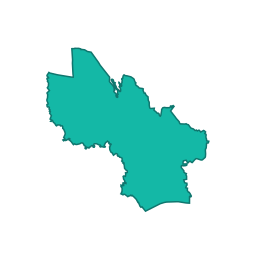 the district of Son Tay, Ha Noi, Vietnam, rotated 142°
{"feature_id": "81297802B79469395018575", "entity_name": "Son Tay", "entity_type": "district", "adm_level": 2, "iso_a3": "VNM", "parent_name": "Vietnam", "parent_adm1": "Ha Noi", "projection": "equal_earth", "projection_center": [105.481, 21.097], "detail": "fine", "context": "isolated", "style": "filled", "palette": "teal", "viewbox_px": 256, "rotation_deg": 142, "n_neighbors": 0, "source": "geoboundaries", "source_scale": "gbopen_adm2", "svg_char_len": 5898}
<svg xmlns="http://www.w3.org/2000/svg" viewBox="0 0 256 256"><g transform="rotate(142 128 128)"><path d="M123.4,225.1L129.8,215.7L131.9,213.3L138.4,204.0L138.9,203.0L139.9,201.8L141.2,202.9L150.8,213.3L155.8,219.5L156.1,220.5L159.4,219.4L159.7,219.0L159.8,218.4L159.6,217.2L159.6,216.8L159.7,216.4L161.1,217.0L161.4,216.9L161.8,216.1L162.1,214.6L162.8,214.3L162.8,212.8L163.0,212.3L165.0,210.0L166.8,209.4L166.9,208.7L166.8,205.9L170.2,205.5L170.6,204.8L170.5,204.0L172.8,201.4L174.5,200.2L174.9,199.7L175.3,198.8L175.6,197.3L176.0,196.3L176.3,196.1L177.4,196.4L178.3,195.1L178.5,194.6L178.4,194.0L177.6,193.6L177.4,192.9L177.6,192.2L178.5,191.7L178.6,191.4L178.3,190.4L178.4,190.1L179.6,189.7L179.2,188.6L180.6,187.9L180.8,184.9L183.9,183.0L183.9,182.6L183.4,182.0L183.4,181.5L183.6,181.1L184.8,180.9L184.5,180.5L183.1,180.6L182.9,180.5L183.3,178.4L182.9,176.7L183.2,174.7L183.1,173.9L182.9,173.6L181.9,173.9L180.4,172.8L179.6,171.9L179.9,171.2L178.5,170.1L178.6,169.3L179.7,167.8L179.4,166.8L180.2,163.7L181.0,162.1L181.5,161.7L184.5,160.1L184.2,159.2L184.3,158.7L184.5,158.5L185.1,158.3L186.1,158.7L186.7,158.7L186.6,157.5L185.2,157.4L185.1,156.8L184.2,156.9L184.0,156.2L180.9,156.1L180.6,155.2L181.2,155.2L181.8,154.8L181.4,153.7L181.2,151.9L181.3,148.9L181.2,148.4L179.9,148.5L179.3,147.2L178.5,146.5L175.6,145.2L173.9,145.0L173.1,144.2L172.9,143.8L172.9,143.1L173.3,141.0L172.6,139.3L172.8,138.9L173.0,138.8L174.0,138.8L174.3,138.6L174.3,137.9L174.0,137.4L173.1,137.8L172.8,137.6L171.6,137.5L171.5,137.4L171.3,136.5L171.0,136.2L170.0,136.6L169.0,136.2L168.3,136.5L167.4,136.4L166.9,136.1L166.9,135.8L167.2,134.2L166.6,133.8L166.5,134.2L165.7,134.0L165.5,134.3L165.3,134.8L165.6,135.7L164.7,136.3L164.3,136.3L162.6,135.1L162.0,134.1L161.5,132.9L160.3,131.5L160.4,131.0L161.5,130.8L161.5,130.1L160.1,129.4L159.0,128.0L157.9,127.1L157.4,127.3L157.6,128.8L157.4,129.0L155.0,130.1L154.3,130.3L153.2,130.1L152.3,130.3L152.1,129.2L151.9,128.9L151.7,128.3L152.5,127.9L152.5,127.1L152.3,126.4L151.5,126.3L151.3,125.6L151.8,125.3L152.8,125.3L153.6,124.3L153.9,124.2L154.2,124.4L155.6,122.2L156.0,121.1L156.0,120.5L156.3,119.8L156.2,119.2L155.8,118.2L156.2,115.5L153.2,115.4L152.4,113.9L152.8,113.2L153.3,112.9L153.3,112.0L153.2,111.7L152.6,111.6L152.5,111.4L152.4,111.0L152.5,110.0L151.9,109.4L151.3,107.9L151.8,107.0L152.5,106.3L152.5,105.8L153.3,105.8L153.3,104.7L152.7,103.4L152.8,102.9L153.5,103.1L153.4,102.5L153.7,101.3L155.5,98.4L155.5,96.1L154.9,94.9L155.7,93.6L156.0,93.4L157.2,93.9L157.3,94.2L157.7,94.2L157.9,93.4L159.8,91.5L160.4,92.4L160.9,92.8L161.2,92.9L161.9,92.6L161.9,92.1L162.9,90.6L163.1,88.3L163.8,87.6L163.3,86.3L163.8,85.5L165.6,87.8L166.2,87.3L165.8,86.6L166.7,85.5L167.4,86.4L167.9,85.8L168.7,87.3L169.6,86.2L169.6,84.9L169.9,83.9L171.9,81.6L172.8,81.3L172.9,80.7L174.1,80.5L173.1,78.4L172.2,78.4L171.8,78.1L171.3,77.5L170.4,74.0L169.3,74.0L168.4,73.4L167.2,73.4L167.1,72.8L166.8,72.7L166.7,72.2L166.2,72.3L165.7,69.6L165.4,66.6L166.0,63.1L165.6,62.9L166.7,59.0L166.6,57.6L165.5,57.3L165.4,51.7L149.2,48.5L145.3,47.0L143.2,45.9L135.1,40.0L133.6,38.8L128.3,33.1L125.8,30.9L121.7,36.1L121.3,36.1L121.1,35.2L120.9,35.1L120.5,35.1L120.0,35.4L119.5,37.9L119.4,39.7L119.9,40.1L119.7,42.4L118.2,43.9L119.3,45.4L117.3,46.7L116.6,46.7L115.6,48.2L116.8,49.6L117.0,50.1L116.6,51.3L116.0,52.8L113.4,51.5L111.4,54.1L111.3,55.2L111.0,55.6L110.1,56.1L110.9,57.6L111.1,58.8L110.3,59.9L110.4,63.7L110.1,64.5L109.6,65.1L109.1,65.3L108.5,65.2L108.2,64.9L108.1,64.4L106.2,63.1L105.0,62.6L104.2,62.7L104.0,63.7L106.7,65.7L106.1,66.7L104.9,67.8L104.5,68.0L102.0,66.8L102.0,66.1L102.5,64.1L102.4,63.6L100.4,63.8L99.5,63.7L99.1,61.8L98.6,61.2L95.2,61.9L93.4,62.0L92.5,61.3L90.2,57.9L89.5,57.3L88.9,57.1L85.4,57.3L84.5,57.9L82.8,59.8L80.6,63.0L79.9,63.7L79.4,63.7L78.5,64.3L75.5,67.6L75.1,67.6L74.2,66.9L73.8,66.9L72.5,67.8L73.9,69.5L72.9,71.0L72.6,72.1L71.9,73.3L71.0,74.1L70.4,75.0L70.9,76.4L69.3,77.1L69.5,78.4L69.9,79.5L73.2,80.1L73.2,82.3L73.8,82.8L75.2,83.0L75.4,84.3L76.0,84.4L76.7,84.7L77.0,86.9L78.2,88.8L78.5,89.6L78.4,93.4L79.5,94.9L79.6,95.6L80.5,95.9L84.3,99.1L84.3,100.2L83.8,101.6L84.1,105.7L84.0,107.7L84.0,115.2L78.4,116.7L78.6,117.9L79.3,118.0L79.5,117.3L80.8,117.3L80.4,118.8L80.6,119.0L81.0,119.1L81.8,118.5L82.3,118.4L82.9,118.6L85.2,120.3L86.6,121.8L88.0,122.5L89.3,122.2L90.4,121.6L90.7,121.1L94.2,117.9L95.2,117.4L95.5,117.8L95.4,118.8L94.8,120.3L95.1,121.2L95.9,121.6L96.0,123.5L96.6,126.0L95.1,127.4L98.1,129.4L98.5,130.1L98.3,130.9L97.1,133.1L95.7,134.8L95.3,135.7L95.0,137.3L93.0,140.3L93.3,141.4L93.5,142.9L93.0,145.0L93.8,145.4L93.0,148.4L91.9,149.4L92.1,150.0L94.5,152.5L94.7,154.7L95.4,156.7L94.9,158.4L94.0,158.6L94.1,160.2L93.2,162.7L93.2,163.4L94.2,166.5L96.4,169.4L98.0,171.1L98.4,172.3L98.9,172.3L99.8,172.0L101.6,170.4L102.3,170.7L102.8,170.5L103.0,170.2L103.0,169.3L104.0,168.5L104.5,167.6L105.4,167.3L106.3,166.6L106.6,165.6L107.4,164.9L107.6,165.0L107.6,165.3L107.2,166.0L107.3,166.7L107.0,168.1L106.9,169.4L107.0,169.6L107.5,169.1L107.5,167.7L108.2,167.0L108.5,166.2L108.8,165.9L109.5,166.0L109.6,165.5L109.3,164.8L110.0,163.0L111.1,161.6L111.6,161.5L112.0,161.9L111.9,163.6L112.4,165.5L112.5,166.2L111.8,168.1L111.4,170.4L111.1,170.9L110.2,171.5L110.3,171.8L110.8,172.3L110.9,172.7L110.8,173.3L110.1,174.6L110.0,175.0L110.3,176.0L110.9,176.4L111.2,176.4L111.6,176.0L111.9,174.8L112.4,169.9L112.9,167.6L113.6,166.6L113.0,164.6L113.2,163.5L114.7,162.1L115.0,161.7L115.0,160.8L115.2,160.5L116.7,160.4L116.8,159.1L116.9,158.8L117.5,158.7L117.9,159.1L118.0,159.7L117.5,161.0L116.6,161.5L116.4,161.9L116.7,164.8L116.7,165.5L116.0,166.0L115.2,166.0L115.0,167.2L114.4,167.9L114.0,169.2L113.8,171.0L114.1,175.6L114.0,176.1L111.5,179.0L111.2,179.7L111.3,194.6L110.9,197.8L110.4,210.5L112.9,213.3L113.8,215.8L114.2,216.5L115.8,218.1L116.8,218.7L116.5,219.4L117.7,221.0L120.9,223.6L121.5,223.7L123.4,225.1Z" fill="#14b8a6" stroke="#0f766e" stroke-width="1.5"/></g></svg>